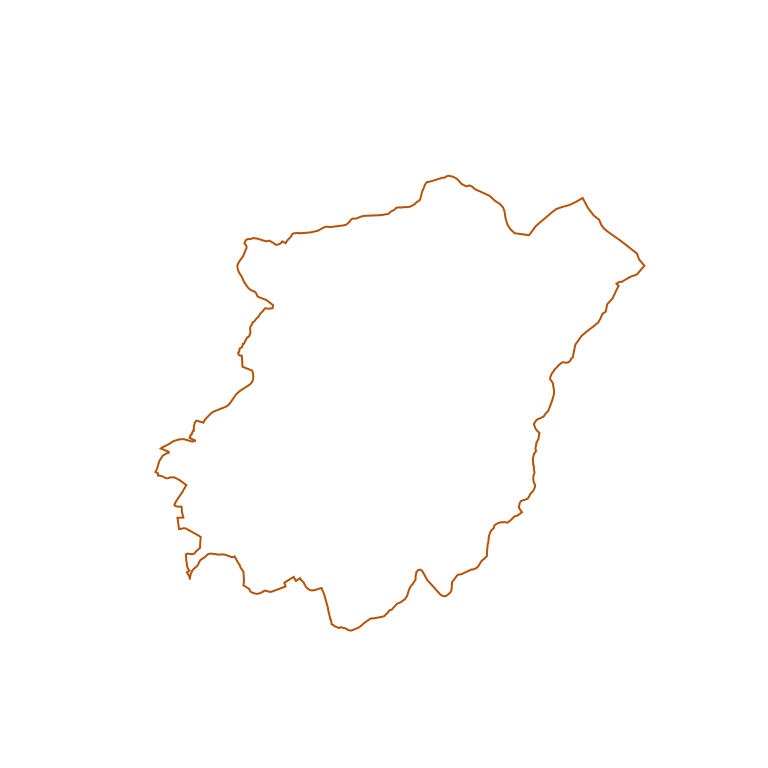 Sarmas, Harghita, Romania (Equal Earth projection), rotated 48°
{"feature_id": "2599482B24569606414351", "entity_name": "Sarmas", "entity_type": "district", "adm_level": 2, "iso_a3": "ROU", "parent_name": "Romania", "parent_adm1": "Harghita", "projection": "equal_earth", "projection_center": [25.467, 46.907], "detail": "fine", "context": "isolated", "style": "outline", "palette": "amber", "viewbox_px": 768, "rotation_deg": 48, "n_neighbors": 0, "source": "geoboundaries", "source_scale": "gbopen_adm2", "svg_char_len": 6165}
<svg xmlns="http://www.w3.org/2000/svg" viewBox="0 0 768 768"><g transform="rotate(48 384 384)"><path d="M399.4,659.3L396.0,655.0L394.3,650.8L394.1,649.1L394.2,645.1L394.1,644.0L393.6,642.4L392.5,640.3L392.0,637.9L392.8,633.3L392.6,629.5L392.9,628.1L394.0,626.3L400.2,621.0L402.8,617.7L404.7,616.2L410.4,613.2L411.3,612.4L412.0,611.1L412.2,610.4L419.5,612.1L421.3,612.2L424.7,613.5L429.4,614.0L437.3,620.4L439.6,623.2L444.5,621.7L446.1,621.4L448.1,622.0L450.1,621.9L452.2,620.8L454.7,619.2L456.4,616.3L457.5,612.6L457.4,611.7L457.8,610.8L462.5,607.6L463.5,605.6L468.6,592.7L468.2,592.4L465.0,591.1L466.9,580.2L471.3,581.3L471.8,580.3L471.5,579.0L472.1,577.4L472.2,576.3L473.8,576.8L477.7,576.4L479.4,577.1L482.9,577.7L484.5,577.7L486.7,577.2L488.3,576.4L489.4,575.5L491.2,572.6L492.3,569.9L493.8,566.9L495.3,567.6L498.9,568.6L509.9,574.0L512.7,575.4L516.8,578.0L521.8,580.6L522.3,581.2L523.6,581.2L526.7,583.0L527.1,583.6L528.2,583.6L529.2,583.0L531.0,582.8L535.5,580.5L535.8,578.8L535.9,578.7L537.9,577.6L539.4,576.3L542.5,575.4L544.8,573.9L545.5,573.1L547.9,566.2L548.4,563.1L548.3,560.7L548.5,557.2L549.4,550.6L550.3,549.8L551.5,548.1L555.9,540.9L556.7,538.9L556.5,536.9L556.5,534.2L555.9,531.3L556.6,529.9L556.9,528.3L556.5,526.8L556.1,521.2L557.4,517.5L557.5,515.1L558.0,512.7L556.9,508.6L553.5,502.9L552.3,500.0L551.9,497.0L550.6,491.5L548.0,489.2L546.3,486.7L545.5,486.1L545.1,483.0L546.6,481.0L549.1,480.8L558.6,483.0L578.1,483.0L580.0,482.5L581.2,481.8L582.3,481.0L583.2,479.3L583.3,474.5L582.7,472.4L581.3,470.6L576.8,466.0L575.1,457.1L575.8,455.7L577.1,454.0L578.4,449.3L579.5,446.3L580.1,443.7L581.8,441.2L582.3,439.7L582.7,436.6L580.8,430.0L580.9,426.1L580.7,422.6L577.0,419.1L574.2,416.0L572.2,413.8L571.7,412.5L569.9,410.9L569.4,410.0L568.3,409.1L567.2,407.7L564.9,403.6L564.4,400.8L564.8,399.5L563.1,396.8L563.0,395.6L563.6,392.3L565.2,389.4L567.8,386.4L569.6,385.1L570.0,381.2L569.7,375.7L570.9,373.1L571.3,371.2L571.4,369.0L571.6,367.2L568.7,367.0L566.0,366.4L563.3,362.8L562.6,360.3L564.6,356.1L565.3,353.7L564.5,350.8L563.6,349.1L563.4,345.3L562.3,342.3L561.4,340.6L560.5,339.5L556.9,338.3L554.4,336.6L552.2,334.4L550.6,331.4L547.6,329.6L545.2,327.5L543.7,327.1L540.6,324.4L539.1,323.4L536.2,319.1L536.1,317.5L535.6,316.5L535.5,315.7L534.3,315.3L533.0,314.4L530.3,310.6L529.4,309.9L529.4,309.5L528.3,306.2L525.8,303.1L524.8,301.4L523.0,301.3L521.2,301.5L518.3,301.2L514.0,299.4L513.2,296.5L513.0,295.0L512.7,294.7L515.0,287.2L514.2,284.0L513.9,280.0L510.2,272.7L508.2,269.2L505.4,264.7L503.2,262.4L496.6,258.1L495.3,257.7L491.7,257.4L490.2,255.9L488.5,252.3L488.2,250.3L487.5,248.1L487.1,242.7L486.8,241.7L487.0,240.4L487.1,237.4L487.4,236.6L488.1,235.9L489.4,235.0L490.5,233.9L491.2,232.7L491.4,231.3L491.2,229.8L490.4,227.7L490.6,226.0L482.8,215.5L480.4,204.8L480.7,197.0L481.4,189.7L481.6,183.6L480.2,179.3L478.0,174.8L478.6,170.7L474.1,164.9L473.4,157.1L469.4,147.6L468.1,144.0L465.0,144.1L465.5,141.3L466.4,139.6L467.4,138.5L467.6,136.6L469.2,129.2L471.8,122.8L470.3,111.3L462.1,111.1L456.3,108.7L436.4,112.2L421.9,115.5L416.1,116.5L411.7,116.2L405.7,114.2L399.5,115.4L389.3,114.6L378.7,111.9L376.9,120.3L375.1,126.3L371.6,133.3L369.2,139.1L368.8,144.6L368.2,165.2L370.5,176.6L359.4,186.0L353.7,186.5L348.0,185.6L342.2,182.8L336.3,178.9L332.5,177.4L328.0,177.4L322.2,178.9L314.9,179.6L300.2,186.0L295.9,186.5L293.5,187.8L292.3,190.5L287.4,192.5L280.4,192.5L276.1,194.0L272.8,196.4L272.1,197.3L271.4,199.0L271.4,199.8L271.0,201.2L269.7,202.8L266.5,209.9L263.5,216.1L262.6,216.9L263.3,220.4L264.1,221.6L266.5,226.8L270.9,233.4L271.3,234.9L270.6,238.1L270.9,240.7L270.3,243.8L269.5,246.3L268.0,248.5L266.3,250.3L264.3,253.2L262.1,255.5L261.3,257.0L261.5,258.2L261.3,260.5L260.4,263.7L260.5,267.2L259.0,269.2L257.9,271.1L255.7,274.2L245.7,286.3L244.2,289.2L242.3,294.1L240.0,296.8L239.8,298.9L240.4,300.9L240.4,305.3L238.8,308.3L231.8,318.4L230.3,320.0L228.5,321.5L227.7,323.2L226.5,327.4L226.3,329.2L225.6,331.0L222.1,337.3L215.4,346.1L214.9,346.2L214.3,346.7L211.4,350.7L211.1,351.5L212.2,354.4L212.6,359.9L213.5,362.9L209.9,364.2L210.2,365.6L210.1,368.0L208.4,371.2L205.3,371.8L200.9,373.2L199.9,374.5L199.1,376.2L191.1,380.9L189.4,382.5L188.1,383.1L188.0,384.1L186.7,386.4L185.0,388.6L184.7,390.5L185.5,392.8L186.4,393.8L188.2,393.6L190.0,394.2L191.0,395.3L191.8,397.2L194.8,403.2L196.0,409.2L197.4,413.1L198.7,414.5L202.5,416.6L205.0,417.3L209.0,417.9L214.6,419.7L221.3,420.6L224.0,420.4L225.9,419.8L228.8,418.3L230.9,418.3L234.6,419.4L242.9,415.2L251.2,413.7L253.1,416.1L251.0,419.2L248.2,421.6L248.8,426.2L248.8,428.4L250.1,432.5L249.9,433.8L250.6,438.3L250.6,440.0L250.3,440.7L251.1,441.4L252.1,445.0L252.7,446.0L256.6,449.0L258.1,452.0L258.4,453.4L257.9,454.2L257.9,454.8L260.3,461.1L260.3,461.7L259.8,462.0L261.6,464.8L261.1,467.6L263.2,470.2L263.2,471.4L264.1,472.2L265.8,472.3L266.9,471.8L267.4,470.8L268.0,470.8L276.5,477.6L285.8,473.0L288.4,474.3L290.8,475.9L292.5,477.7L293.7,479.5L294.4,481.6L294.6,484.0L292.9,494.6L292.7,496.6L292.7,499.9L293.0,502.1L295.3,511.4L295.5,512.8L295.4,514.8L295.1,516.6L294.4,518.5L290.6,528.8L290.2,530.9L290.1,532.7L290.6,540.2L291.1,542.1L291.9,544.2L291.0,544.4L288.6,546.2L286.8,547.1L285.6,548.2L286.3,550.7L288.5,553.9L291.4,556.5L290.8,556.9L292.7,560.7L292.3,560.8L293.3,563.9L294.1,563.8L294.4,564.4L299.5,562.2L299.9,562.7L298.7,564.2L298.6,565.0L291.1,569.6L288.3,573.0L285.6,578.6L284.7,584.3L282.7,591.3L282.6,593.0L290.1,589.4L290.5,589.4L291.1,590.1L290.2,591.6L289.6,593.8L289.3,596.5L289.6,598.0L290.9,602.4L294.9,609.1L296.6,612.8L298.8,611.8L299.9,612.1L300.4,613.0L300.8,613.3L302.1,612.0L304.0,610.7L306.4,609.6L307.9,609.2L309.3,608.0L310.1,605.8L313.0,602.3L318.8,600.2L326.9,598.5L326.9,599.1L328.1,602.0L328.2,603.1L329.2,605.4L332.0,616.9L333.5,620.6L334.4,620.9L336.0,620.1L337.6,619.0L339.2,616.9L339.8,616.5L343.7,619.7L349.0,622.5L345.2,627.0L354.7,633.4L357.2,629.4L358.6,628.0L373.3,623.0L375.1,622.6L379.2,627.0L382.7,630.4L382.6,631.8L382.6,636.5L383.0,637.0L383.1,637.9L382.4,640.1L378.6,643.5L378.0,645.2L383.0,649.1L386.0,651.0L387.4,652.2L391.1,653.5L392.6,653.4L392.0,656.4L397.7,657.7L399.4,659.3Z" fill="none" stroke="#b45309" stroke-width="2"/></g></svg>